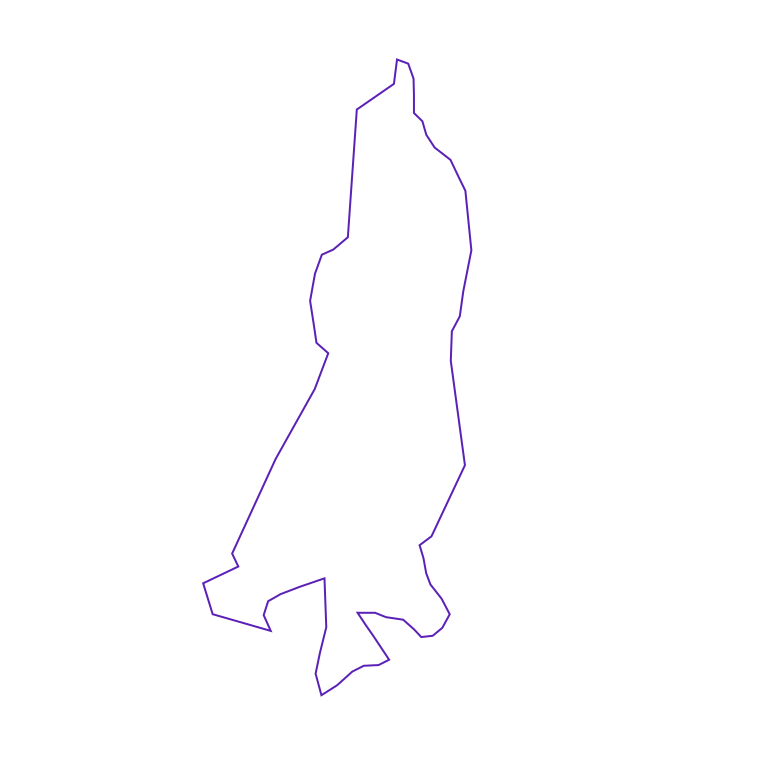 São José do Sul, Rio Grande do Sul, Brazil (Equal Earth projection), rotated 195°
{"feature_id": "56859067B49166380308461", "entity_name": "São José do Sul", "entity_type": "district", "adm_level": 2, "iso_a3": "BRA", "parent_name": "Brazil", "parent_adm1": "Rio Grande do Sul", "projection": "equal_earth", "projection_center": [-51.488, -29.554], "detail": "fine", "context": "isolated", "style": "outline", "palette": "violet", "viewbox_px": 768, "rotation_deg": 195, "n_neighbors": 0, "source": "geoboundaries", "source_scale": "gbopen_adm2", "svg_char_len": 954}
<svg xmlns="http://www.w3.org/2000/svg" viewBox="0 0 768 768"><g transform="rotate(195 384 384)"><path d="M507.1,144.7L489.9,117.3L429.5,116.2L440.4,129.6L439.7,144.2L429.5,154.3L412.9,166.3L391.2,180.9L376.8,134.1L376.3,107.5L375.1,86.5L363.9,67.2L351.3,80.9L340.2,98.0L330.6,106.6L316.5,111.1L307.7,119.0L328.9,137.7L339.2,146.4L350.3,156.2L333.3,160.7L321.8,159.3L304.5,161.3L291.5,154.8L282.5,149.2L271.8,153.4L264.6,163.5L260.9,178.6L272.8,191.5L287.3,202.4L294.3,212.2L300.8,226.0L307.9,237.5L298.7,249.2L284.8,326.5L325.5,423.7L332.1,452.5L328.3,469.0L331.4,494.0L334.2,535.7L355.4,591.7L364.4,602.0L377.8,617.7L396.3,625.5L407.6,635.6L414.9,647.7L425.2,653.5L430.1,671.7L434.5,686.6L443.5,699.7L455.4,700.8L452.1,676.5L481.3,642.1L456.9,516.4L467.8,500.7L477.5,492.8L479.2,472.7L476.9,445.2L466.8,422.3L459.9,406.3L445.8,399.3L449.6,361.2L469.3,283.4L486.8,180.9L477.5,170.0L507.1,144.7Z" fill="none" stroke="#5b21b6" stroke-width="2"/></g></svg>